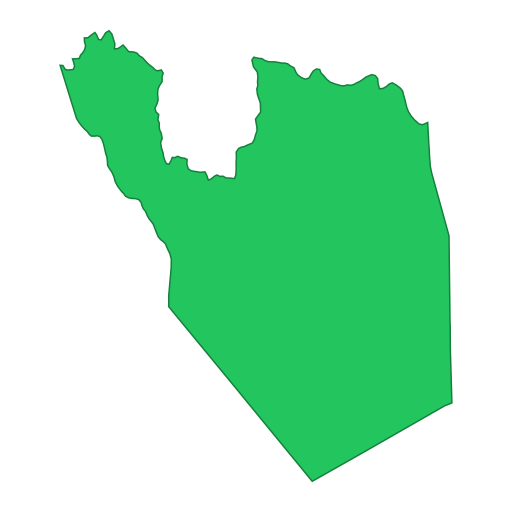 Teixeira de Freitas, Bahia, Brazil
{"feature_id": "56859067B64660770353607", "entity_name": "Teixeira de Freitas", "entity_type": "district", "adm_level": 2, "iso_a3": "BRA", "parent_name": "Brazil", "parent_adm1": "Bahia", "projection": "equal_earth", "projection_center": [-39.873, -17.43], "detail": "fine", "context": "isolated", "style": "filled", "palette": "green", "viewbox_px": 512, "rotation_deg": 0, "n_neighbors": 0, "source": "geoboundaries", "source_scale": "gbopen_adm2", "svg_char_len": 3072}
<svg xmlns="http://www.w3.org/2000/svg" viewBox="0 0 512 512"><path d="M427.7,122.5L422.7,124.7L419.1,124.0L414.3,119.7L411.2,116.1L408.5,111.8L407.0,108.1L406.1,104.8L404.9,99.6L403.4,94.4L402.7,91.2L400.3,88.1L395.9,84.8L392.2,82.8L389.1,84.1L386.3,86.6L382.8,88.5L379.4,88.7L378.1,83.3L377.6,78.5L375.3,75.6L371.7,74.6L366.1,77.0L362.5,79.6L360.2,81.2L356.8,82.8L353.9,84.4L351.2,85.3L347.2,84.9L344.3,85.8L341.5,85.8L338.3,84.9L334.9,83.9L330.1,82.1L326.6,79.2L323.8,75.8L321.0,72.9L319.7,69.5L316.4,69.0L313.3,71.0L311.5,73.6L309.1,77.9L305.4,79.2L301.5,77.7L297.7,74.9L296.0,72.4L294.0,67.8L290.2,65.8L287.7,63.8L284.7,63.1L281.7,63.1L278.3,62.4L274.5,61.8L271.5,61.8L268.8,61.8L265.0,60.6L261.9,58.6L258.3,58.3L253.8,57.2L251.9,60.1L252.7,63.6L253.6,67.1L257.3,72.0L257.9,76.7L257.5,82.1L257.8,85.7L256.8,88.9L257.5,94.8L260.3,102.8L260.5,107.1L260.6,112.1L257.8,115.9L255.5,119.1L256.2,123.4L256.9,127.4L257.0,130.7L255.3,135.6L254.4,139.3L252.3,143.1L248.0,144.8L243.9,146.7L241.4,147.1L238.6,148.5L236.2,152.1L236.4,157.5L236.1,162.3L236.2,166.7L236.1,171.2L235.8,175.3L234.4,178.6L231.2,178.2L228.8,178.0L226.1,178.0L223.0,176.2L219.9,176.4L217.0,175.0L214.6,176.1L210.9,179.1L208.3,180.1L206.9,175.7L205.0,171.9L200.1,172.3L196.3,171.6L193.3,171.2L190.8,170.6L188.3,168.8L186.9,164.4L187.1,159.4L184.7,158.3L181.6,157.9L177.5,156.3L175.0,157.6L172.3,157.4L171.2,160.3L169.1,164.1L166.5,163.7L164.9,160.7L163.6,156.7L163.1,153.0L161.5,148.1L160.6,142.6L162.2,138.4L161.2,133.1L159.6,129.7L159.2,126.4L159.3,123.1L157.9,119.8L158.7,114.6L155.9,111.8L155.0,108.1L156.9,104.1L158.1,100.1L157.6,94.1L157.9,89.2L159.3,86.0L162.1,81.6L162.1,76.7L163.2,73.1L161.3,69.9L157.9,70.8L155.3,70.1L153.2,67.8L149.2,64.7L146.7,62.4L144.6,60.0L142.3,57.5L139.6,56.0L136.9,53.1L134.2,52.1L131.7,51.8L128.6,51.6L125.9,48.2L123.1,45.0L120.6,46.8L117.8,48.6L114.5,48.9L114.8,43.6L113.4,38.9L111.9,34.1L109.0,30.7L105.6,32.8L103.6,36.2L101.1,39.9L98.5,39.4L96.6,34.8L94.9,32.5L91.6,34.8L87.8,37.8L84.3,37.9L84.5,42.0L85.6,45.5L84.7,49.5L82.5,53.0L80.5,55.2L79.3,58.4L75.8,58.8L72.5,58.8L73.7,62.5L74.5,66.3L73.4,69.4L70.9,69.7L68.0,70.1L65.2,69.4L62.9,65.5L60.1,65.3L76.5,118.4L78.7,122.0L81.1,125.2L83.8,128.4L87.1,131.3L89.3,134.3L91.4,136.1L94.7,136.1L97.4,135.8L100.1,136.7L102.1,139.7L103.5,143.9L104.7,148.8L105.7,153.5L106.9,157.0L107.4,161.4L107.6,165.5L109.4,168.6L111.8,172.0L113.8,176.4L115.3,181.9L117.7,186.3L119.8,189.1L121.7,191.6L123.8,193.7L125.5,196.2L128.3,197.7L131.9,198.5L135.4,198.6L138.6,199.5L141.0,202.2L141.9,205.4L143.3,208.8L145.5,211.3L147.1,215.3L149.2,219.0L151.5,221.8L153.3,224.3L155.3,229.6L156.7,233.1L158.2,236.7L160.7,239.7L163.0,241.4L165.5,243.9L167.3,248.3L169.9,253.8L171.3,259.1L171.2,267.5L168.7,295.9L168.8,306.8L231.1,382.4L312.2,481.3L360.1,454.2L444.3,406.0L451.9,402.9L450.4,351.4L450.3,344.0L450.2,326.3L450.0,321.4L449.0,235.8L431.5,172.3L430.3,166.0L430.0,161.9L429.6,157.1L429.4,153.8L429.3,150.5L429.0,146.4L428.7,142.0L428.5,137.0L428.1,131.0L427.9,126.6L427.7,122.5Z" fill="#22c55e" stroke="#15803d" stroke-width="1.5"/></svg>